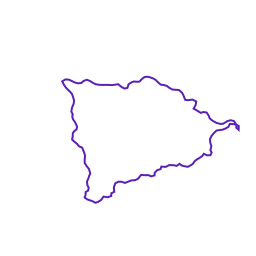 outline of Presidente Kubitschek, Minas Gerais, Brazil, rotated 315°
{"feature_id": "56859067B74501979707215", "entity_name": "Presidente Kubitschek", "entity_type": "district", "adm_level": 2, "iso_a3": "BRA", "parent_name": "Brazil", "parent_adm1": "Minas Gerais", "projection": "orthographic", "projection_center": [-43.574, -18.625], "detail": "fine", "context": "isolated", "style": "outline", "palette": "violet", "viewbox_px": 256, "rotation_deg": 315, "n_neighbors": 0, "source": "geoboundaries", "source_scale": "gbopen_adm2", "svg_char_len": 2143}
<svg xmlns="http://www.w3.org/2000/svg" viewBox="0 0 256 256"><g transform="rotate(315 128 128)"><path d="M207.0,202.2L207.8,198.1L206.2,195.2L203.2,193.4L198.4,192.3L196.1,190.3L194.2,187.0L192.9,182.6L192.6,179.0L193.7,176.5L194.6,172.8L192.7,170.1L190.1,168.7L189.1,164.2L188.1,160.7L191.9,159.7L195.0,157.5L193.7,153.5L190.2,150.9L188.4,148.6L189.4,146.1L190.5,143.5L191.2,141.0L190.9,137.2L188.8,134.7L186.7,132.4L185.6,128.9L185.3,125.8L183.7,122.9L181.8,120.5L181.5,116.9L181.6,113.7L180.8,110.6L179.4,107.7L177.9,105.3L175.5,103.6L172.4,103.2L169.0,103.3L167.1,101.8L165.2,99.4L162.8,98.2L159.4,97.5L155.9,99.2L153.5,97.7L152.5,94.7L152.0,90.1L149.2,88.0L147.0,86.4L145.2,84.3L143.1,82.1L140.6,79.7L138.2,77.1L136.1,74.2L135.1,71.3L134.3,67.7L133.0,64.8L130.1,63.4L126.7,63.1L124.1,60.9L122.5,58.0L121.6,55.3L120.4,52.0L118.1,49.4L114.5,48.5L113.3,52.0L112.6,55.8L112.6,58.7L112.7,61.3L112.4,64.4L111.1,67.2L109.3,70.4L106.8,72.4L102.7,74.1L99.6,76.3L98.6,79.2L96.5,80.7L95.3,82.9L94.7,86.1L93.9,88.7L92.8,91.2L90.6,92.6L87.9,92.2L85.4,92.6L83.1,94.7L80.3,96.7L80.4,99.9L80.8,103.4L80.4,106.4L81.7,109.5L80.4,112.5L79.3,115.1L77.8,117.5L75.1,119.6L72.7,122.0L71.8,125.8L71.4,129.4L69.1,133.6L66.8,134.3L64.5,135.6L61.2,136.8L58.8,139.8L58.0,142.4L55.5,144.1L52.7,143.3L50.9,145.2L48.2,146.5L48.7,149.7L50.3,152.9L51.4,155.3L52.0,157.7L54.3,159.0L58.2,159.9L62.2,159.2L64.6,162.6L68.0,164.2L70.1,162.4L73.2,163.4L76.0,160.0L79.9,158.1L83.3,159.2L85.7,161.8L87.0,164.7L90.1,166.0L93.4,167.5L96.0,169.8L99.1,171.0L101.7,170.7L104.1,170.4L106.5,173.3L109.2,175.8L110.1,178.5L113.3,180.3L115.3,178.5L119.0,178.5L121.8,180.1L124.3,178.9L127.2,182.2L131.0,183.4L133.7,186.3L135.7,189.2L139.1,189.8L139.4,192.4L140.8,194.8L142.8,197.7L146.3,198.8L148.7,199.2L151.5,198.6L154.3,198.9L157.2,199.7L160.5,200.3L163.4,199.9L164.6,203.3L167.0,205.5L169.8,204.5L170.7,201.8L174.0,199.9L175.7,196.7L178.0,193.9L181.3,192.7L185.0,192.3L188.8,192.4L191.3,194.2L193.6,196.0L196.6,197.3L199.8,198.2L202.9,197.1L205.3,199.8L207.0,202.2ZM205.0,207.5L207.7,204.9L207.0,202.2L204.8,204.4L205.0,207.5Z" fill="none" stroke="#5b21b6" stroke-width="2"/></g></svg>